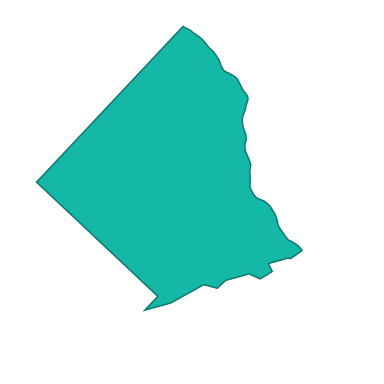 Des Moines, Iowa, United States of America (Natural Earth projection), rotated 313°
{"feature_id": "52423323B51046166578501", "entity_name": "Des Moines", "entity_type": "district", "adm_level": 2, "iso_a3": "USA", "parent_name": "United States of America", "parent_adm1": "Iowa", "projection": "natural_earth1", "projection_center": [-91.071, 40.885], "detail": "fine", "context": "isolated", "style": "filled", "palette": "teal", "viewbox_px": 384, "rotation_deg": 313, "n_neighbors": 0, "source": "geoboundaries", "source_scale": "gbopen_adm2", "svg_char_len": 1057}
<svg xmlns="http://www.w3.org/2000/svg" viewBox="0 0 384 384"><g transform="rotate(313 192 192)"><path d="M73.4,238.1L96.5,252.2L132.3,263.8L138.8,276.1L150.3,276.9L171.0,289.5L174.9,301.1L188.6,304.9L191.7,296.6L208.5,306.9L210.8,309.6L224.2,312.4L224.5,311.9L225.0,308.0L224.9,304.8L223.5,297.6L222.8,296.1L222.6,294.0L225.3,281.0L226.4,277.6L229.3,273.7L231.5,269.7L232.5,267.2L234.8,259.2L235.0,254.8L234.5,250.8L232.1,244.7L231.8,242.7L232.2,238.9L234.1,232.8L235.6,230.6L242.0,225.0L247.2,219.5L251.5,216.8L252.7,215.4L255.8,209.0L257.3,205.1L258.7,202.7L261.5,199.4L262.7,198.5L267.4,195.8L270.4,192.7L274.6,184.7L275.3,183.7L276.5,182.2L279.5,179.3L282.1,177.4L288.7,174.8L291.9,172.6L297.1,170.3L298.9,168.8L300.2,166.6L301.4,159.4L305.6,148.1L305.7,145.4L305.3,143.0L304.1,138.0L302.6,133.7L302.6,131.7L304.1,127.2L306.9,121.8L308.7,114.7L309.2,111.2L309.1,106.5L310.6,96.7L310.6,94.3L309.9,87.8L309.4,85.5L308.9,79.5L307.2,74.0L307.1,73.8L307.0,72.5L93.2,71.6L92.4,238.2L73.4,238.1Z" fill="#14b8a6" stroke="#0f766e" stroke-width="1.5"/></g></svg>